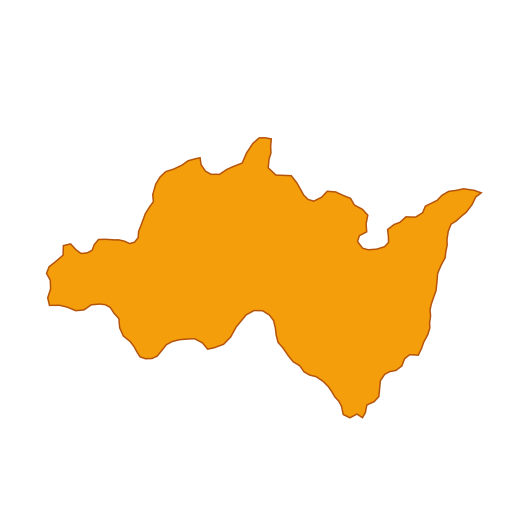 the district of Conceição dos Ouros, Minas Gerais, Brazil, rotated 19°
{"feature_id": "56859067B29427208772050", "entity_name": "Conceição dos Ouros", "entity_type": "district", "adm_level": 2, "iso_a3": "BRA", "parent_name": "Brazil", "parent_adm1": "Minas Gerais", "projection": "orthographic", "projection_center": [-45.772, -22.442], "detail": "fine", "context": "isolated", "style": "filled", "palette": "amber", "viewbox_px": 512, "rotation_deg": 19, "n_neighbors": 0, "source": "geoboundaries", "source_scale": "gbopen_adm2", "svg_char_len": 2421}
<svg xmlns="http://www.w3.org/2000/svg" viewBox="0 0 512 512"><g transform="rotate(19 256 256)"><path d="M448.4,122.9L440.7,122.9L430.3,124.9L424.3,128.6L417.1,132.2L412.0,138.2L409.1,144.5L403.7,149.9L399.9,153.8L399.5,160.8L394.2,167.3L385.0,170.2L381.2,177.2L376.3,181.3L371.8,188.1L374.9,194.6L376.9,200.0L374.6,205.3L367.8,210.3L360.0,213.6L354.2,213.9L347.3,209.3L347.1,203.1L352.8,197.1L349.6,189.7L348.4,181.0L341.4,177.2L332.4,175.8L326.6,170.7L319.2,170.4L310.4,169.5L302.3,171.6L298.9,179.1L292.8,185.3L286.8,185.6L281.1,182.8L277.1,179.1L270.7,173.5L263.2,168.6L257.1,170.4L248.5,173.0L238.8,168.6L236.8,160.2L236.6,153.7L234.2,147.7L232.3,140.3L226.3,141.2L220.5,143.3L216.4,150.6L213.5,161.7L212.7,172.6L205.8,178.4L200.1,183.8L194.9,190.7L186.9,193.4L180.5,192.2L174.3,187.5L171.1,181.3L166.6,184.1L160.7,188.1L156.5,194.1L149.9,200.6L143.2,205.6L139.6,212.5L137.8,220.7L138.4,231.6L141.3,238.1L139.5,243.8L137.6,251.8L137.3,264.6L137.0,271.0L138.6,276.9L136.7,282.5L132.4,285.4L126.9,284.8L121.2,285.4L115.8,287.2L108.9,289.0L101.8,291.6L99.4,297.8L99.2,303.9L95.4,308.0L89.7,310.6L83.7,308.7L76.7,304.9L70.5,308.9L73.3,318.0L68.5,326.3L63.9,333.5L63.6,340.6L69.4,345.9L72.5,354.0L72.7,363.4L76.8,369.9L86.5,366.5L94.3,365.8L103.3,366.4L110.9,363.0L116.1,355.8L123.6,352.4L129.3,351.1L135.0,352.1L140.2,356.2L146.7,359.8L150.5,368.3L156.6,374.8L164.8,377.8L170.1,381.3L174.1,385.0L179.2,389.1L185.0,389.1L191.0,386.8L195.2,382.8L197.6,376.2L200.2,368.9L204.7,364.1L210.8,360.1L218.5,356.7L224.9,354.2L233.5,355.5L240.6,359.8L246.3,356.4L254.1,350.0L258.4,340.9L260.4,329.4L263.2,322.0L265.9,314.8L271.9,308.2L280.0,305.6L287.9,307.4L293.7,311.4L297.7,317.7L300.8,324.1L304.9,330.4L311.2,334.0L318.9,339.7L325.6,343.9L333.2,345.6L339.2,349.9L345.6,351.1L352.2,350.5L360.6,352.8L367.0,356.0L371.7,359.5L376.3,363.5L381.7,366.4L385.8,370.3L390.1,377.5L397.5,378.4L402.9,372.6L409.3,374.2L410.4,368.5L409.3,360.8L415.2,355.2L417.9,348.9L416.2,341.8L414.2,333.4L416.2,326.0L419.9,321.9L425.6,318.6L429.7,312.4L429.9,304.9L433.4,299.3L441.7,296.9L442.6,289.6L442.6,283.1L444.0,274.5L443.8,267.6L441.8,262.3L440.6,255.9L438.1,250.3L437.4,244.6L437.4,238.1L437.5,230.1L435.2,220.2L433.4,213.3L434.0,204.4L435.4,196.2L434.1,190.3L433.2,183.5L431.2,178.2L429.7,169.9L430.1,162.4L434.1,157.4L437.2,151.6L440.4,146.5L443.5,137.3L444.6,128.6L448.4,122.9Z" fill="#f59e0b" stroke="#b45309" stroke-width="1.5"/></g></svg>